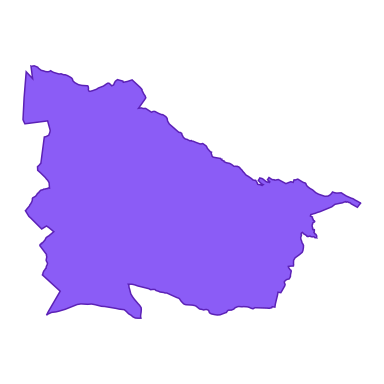 San Nicolás de los Ranchos, Puebla, Mexico (Albers equal-area conic projection)
{"feature_id": "50627088B88938023888271", "entity_name": "San Nicolás de los Ranchos", "entity_type": "district", "adm_level": 2, "iso_a3": "MEX", "parent_name": "Mexico", "parent_adm1": "Puebla", "projection": "albers", "projection_center": [-98.533, 19.087], "detail": "fine", "context": "isolated", "style": "filled", "palette": "violet", "viewbox_px": 384, "rotation_deg": 0, "n_neighbors": 0, "source": "geoboundaries", "source_scale": "gbopen_adm2", "svg_char_len": 5924}
<svg xmlns="http://www.w3.org/2000/svg" viewBox="0 0 384 384"><path d="M25.4,210.7L28.9,216.4L30.9,218.2L41.7,229.0L46.5,226.0L49.1,227.8L53.8,231.7L48.4,236.2L47.6,236.5L46.1,237.7L44.9,240.1L42.5,242.8L41.8,243.0L41.5,243.2L41.5,243.8L40.7,244.0L40.1,244.5L39.9,245.7L46.5,254.5L46.4,255.3L46.8,256.9L46.2,259.7L46.2,260.7L47.5,263.1L47.2,264.7L46.5,266.0L46.2,267.0L46.1,268.2L45.6,268.4L44.8,269.8L43.8,271.0L43.1,272.7L42.9,273.4L42.9,274.1L42.4,274.9L60.2,291.2L48.3,311.6L46.5,315.2L47.9,314.1L51.6,312.4L55.9,311.9L58.8,311.2L65.2,309.3L77.2,304.5L80.9,303.9L87.8,304.3L91.5,304.0L95.2,304.7L101.5,306.3L104.7,306.5L116.0,308.4L119.1,309.1L124.3,309.7L126.6,311.7L127.4,312.6L128.9,314.0L130.9,315.1L133.0,316.9L135.3,318.0L138.0,318.2L140.9,318.2L140.6,316.3L140.7,314.8L141.1,312.1L141.3,309.3L141.1,307.6L139.6,305.3L138.1,303.7L134.3,299.2L132.6,296.9L130.8,293.9L129.6,289.1L129.0,287.3L128.9,285.4L128.3,284.2L131.7,284.2L133.3,284.5L135.2,285.0L137.6,285.9L148.9,288.7L150.6,289.7L153.1,289.4L155.0,289.5L156.0,290.5L158.6,291.3L160.0,292.0L163.7,292.5L165.0,293.0L166.8,293.0L176.7,297.5L178.7,298.2L179.5,298.8L181.2,301.3L183.3,303.5L184.2,304.2L185.9,304.7L192.4,305.1L194.8,305.6L196.0,306.1L199.2,308.7L200.1,309.2L201.0,309.2L202.6,309.6L203.8,310.0L204.8,309.6L206.5,309.5L207.8,309.9L208.7,310.6L209.4,312.6L210.2,313.3L211.4,313.9L214.5,314.6L217.3,315.0L220.1,314.8L225.6,312.7L226.4,312.5L227.2,311.2L228.3,310.2L231.4,310.1L233.8,309.1L235.2,307.7L237.6,306.7L238.7,306.5L242.0,306.8L243.4,306.6L247.2,306.8L249.1,307.3L251.0,308.2L253.0,308.8L254.9,307.7L267.4,308.1L269.2,308.3L271.8,307.7L272.2,306.7L274.9,307.1L275.4,303.8L277.5,295.1L278.0,292.2L280.8,292.7L282.2,290.4L284.8,285.8L285.1,284.3L284.4,282.9L284.4,281.5L286.5,279.6L289.2,278.9L290.4,276.6L290.5,274.8L291.2,271.2L291.0,270.3L290.3,269.9L289.8,269.3L288.5,267.3L288.3,266.4L290.8,266.1L293.4,266.0L293.6,264.8L293.5,263.5L293.6,260.3L295.1,257.8L299.5,254.6L302.2,252.3L302.9,250.6L303.4,247.7L303.5,245.5L303.0,244.2L302.1,242.9L301.6,241.0L300.9,239.3L300.7,237.6L301.5,235.1L301.1,234.3L301.1,233.9L301.3,233.2L302.3,232.4L302.4,232.5L303.2,233.2L303.4,233.7L305.2,234.6L305.4,234.9L306.7,235.6L306.8,236.2L307.1,236.4L307.9,236.6L309.9,236.1L310.3,236.2L311.0,236.7L312.5,236.9L313.2,236.7L314.0,236.8L315.1,237.8L315.8,237.7L316.7,237.8L316.5,237.4L316.7,236.5L316.7,235.9L316.4,235.3L315.9,234.4L315.4,234.0L314.8,233.8L314.5,233.0L313.9,232.6L314.3,231.3L314.4,229.9L314.3,229.6L313.8,229.5L313.2,229.8L312.9,229.6L312.6,229.1L312.5,228.7L312.8,228.2L312.3,226.9L312.1,225.6L312.2,224.9L312.6,224.1L312.6,223.2L313.0,222.8L314.5,221.9L314.7,221.6L314.5,221.0L314.3,220.8L314.0,220.6L313.4,220.4L313.1,219.1L312.6,218.8L312.4,217.7L312.4,217.0L310.4,216.1L310.5,215.4L310.8,215.0L310.8,214.5L312.2,214.2L313.9,213.6L314.7,213.5L317.8,212.3L319.7,211.8L331.8,206.8L335.0,204.3L340.3,203.2L342.2,202.9L344.7,201.9L345.7,201.6L346.1,202.2L347.3,201.8L348.2,202.2L348.6,202.3L349.0,202.6L349.7,202.6L350.0,202.9L350.6,203.2L351.2,203.9L351.7,204.1L357.4,207.3L359.0,205.1L361.0,202.7L360.4,203.0L357.7,201.4L355.4,200.2L353.0,198.7L351.1,198.1L346.3,196.0L343.1,194.0L341.3,192.8L336.8,193.1L334.9,192.8L332.5,192.0L331.5,193.5L329.9,195.0L328.0,196.1L324.9,196.3L318.6,194.2L315.8,192.7L312.6,189.9L309.8,188.3L307.5,186.5L306.5,185.3L305.8,183.5L304.9,182.8L304.1,182.7L302.9,182.2L297.8,179.1L295.1,180.0L294.1,179.8L293.1,182.4L290.9,181.7L285.9,183.6L278.3,179.5L274.9,180.2L274.2,179.7L272.9,179.7L271.8,179.4L269.0,177.5L267.5,179.7L269.8,181.9L269.2,182.5L268.2,181.8L267.7,182.2L266.1,181.6L263.2,179.2L261.8,178.4L260.4,178.2L259.9,177.9L258.3,180.4L259.5,181.8L261.1,183.4L262.3,184.3L263.2,184.6L262.1,185.5L260.2,184.7L258.4,184.5L257.7,184.3L256.9,182.2L255.6,180.3L254.3,180.3L252.9,179.9L251.5,178.6L248.2,176.3L246.2,175.2L245.0,173.9L244.2,172.8L243.5,172.2L243.4,171.9L242.8,171.5L242.4,170.6L241.3,169.4L240.3,168.6L239.9,167.8L239.2,167.3L238.7,166.8L237.9,166.7L237.6,166.4L237.2,166.3L236.4,166.4L236.1,166.2L235.6,166.2L235.0,166.4L233.8,166.2L231.8,164.6L229.7,163.4L226.2,162.7L225.3,162.2L224.3,161.8L224.1,161.6L223.9,160.9L223.6,161.0L221.7,159.9L221.8,159.3L221.2,159.3L220.9,159.0L220.5,158.4L220.0,158.4L213.3,157.2L212.2,156.4L211.2,153.2L211.5,152.2L210.4,151.8L207.4,148.4L206.7,146.8L206.1,145.9L202.7,143.5L201.3,143.9L200.0,143.9L195.9,142.4L193.1,141.2L191.9,141.1L191.2,140.5L190.1,140.9L187.8,139.8L187.2,139.4L185.3,139.0L183.4,137.4L181.9,134.5L181.7,133.4L180.4,132.5L178.8,132.3L169.3,124.0L167.6,121.1L167.1,118.3L165.8,116.6L162.7,114.6L161.9,114.7L159.5,113.8L157.6,112.9L154.8,111.4L153.2,111.4L151.5,112.2L145.6,108.4L143.2,108.5L141.2,107.9L138.5,108.3L145.0,99.1L145.8,97.8L145.0,95.7L143.9,94.2L142.0,90.4L142.0,89.5L140.3,87.5L132.1,79.9L127.6,81.4L123.3,82.3L122.9,81.1L119.1,80.1L117.5,79.6L115.4,81.2L114.5,82.7L113.6,84.9L111.8,85.8L109.3,83.4L108.0,83.1L106.5,83.9L103.4,86.1L98.4,88.0L96.4,89.3L92.5,90.7L89.9,91.4L89.0,91.1L88.3,89.7L88.5,88.4L88.3,87.1L88.1,86.3L87.7,85.8L81.9,85.4L78.5,84.7L74.7,82.6L72.8,80.7L72.5,79.2L71.6,78.0L69.9,76.9L67.5,75.6L65.4,74.8L63.4,74.7L61.2,73.8L59.0,74.0L53.6,72.4L51.8,71.5L50.7,70.7L49.9,71.2L49.0,71.6L47.7,71.8L45.6,71.6L43.6,70.9L41.2,70.3L38.5,68.3L37.7,67.2L34.2,65.8L31.2,66.3L31.0,66.2L32.6,78.6L26.2,71.8L24.1,97.7L23.0,119.6L23.5,120.9L24.9,123.8L47.6,120.9L50.0,129.6L50.2,130.7L49.8,132.5L48.7,135.3L46.0,136.6L44.3,137.0L41.0,162.2L40.8,163.4L40.1,164.0L39.5,164.9L37.5,166.7L37.7,170.3L40.4,172.7L45.3,177.5L46.4,179.0L47.6,180.2L49.1,182.7L49.5,188.1L48.8,187.9L48.2,188.0L47.8,188.5L46.1,188.7L45.3,189.0L43.5,189.2L42.9,189.7L40.8,190.2L40.2,190.8L39.3,191.6L38.8,192.6L38.1,193.0L37.5,193.4L36.7,194.8L35.8,196.0L35.0,196.6L32.8,197.8L32.4,198.4L32.3,200.3L31.8,201.8L30.7,203.8L29.9,204.8L29.4,206.0L28.4,207.2L27.0,208.8L26.4,209.7L25.4,210.7Z" fill="#8b5cf6" stroke="#5b21b6" stroke-width="1.5"/></svg>